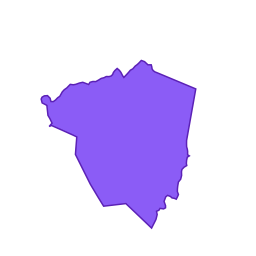 Juru, Paraíba, Brazil (Mercator projection), rotated 132°
{"feature_id": "56859067B46938052827534", "entity_name": "Juru", "entity_type": "district", "adm_level": 2, "iso_a3": "BRA", "parent_name": "Brazil", "parent_adm1": "Paraíba", "projection": "mercator", "projection_center": [-37.806, -7.51], "detail": "fine", "context": "isolated", "style": "filled", "palette": "violet", "viewbox_px": 256, "rotation_deg": 132, "n_neighbors": 0, "source": "geoboundaries", "source_scale": "gbopen_adm2", "svg_char_len": 1457}
<svg xmlns="http://www.w3.org/2000/svg" viewBox="0 0 256 256"><g transform="rotate(132 128 128)"><path d="M186.6,43.5L181.8,44.8L179.5,45.4L177.1,46.1L172.8,48.4L170.8,51.1L168.5,50.0L166.3,50.4L164.3,47.4L162.2,46.7L160.6,48.1L158.4,52.1L153.9,53.9L151.6,53.5L150.5,50.7L150.5,48.5L149.3,46.6L148.6,44.5L146.0,45.2L143.7,46.0L142.2,48.8L140.2,50.5L137.9,52.2L134.4,54.4L130.8,54.6L127.4,56.4L124.7,59.0L122.7,60.2L119.6,60.1L116.6,59.2L115.3,60.9L112.7,62.9L110.0,64.4L107.7,63.8L108.0,65.8L105.4,68.1L104.1,69.7L102.7,71.9L100.6,73.9L98.1,76.1L53.6,103.8L66.7,141.2L68.3,145.6L68.5,147.6L68.0,149.6L66.6,151.3L65.5,153.0L67.7,155.5L67.6,160.1L68.9,163.3L72.6,163.4L74.8,163.6L77.2,164.1L80.8,164.0L83.4,164.9L86.3,164.8L88.6,164.8L93.2,164.9L92.7,167.1L91.4,170.5L90.9,173.1L91.0,175.9L94.1,176.2L96.5,176.0L98.6,175.2L100.8,175.4L102.5,176.5L104.3,178.6L106.7,179.5L109.1,181.1L111.9,181.9L115.1,183.0L116.9,185.2L119.4,186.8L122.0,186.4L123.3,189.7L124.3,192.2L127.1,194.2L130.6,196.1L132.5,197.6L134.2,200.1L136.4,200.2L139.2,200.3L142.3,201.0L145.2,201.0L147.8,200.4L150.1,199.9L152.6,200.5L155.7,200.6L158.4,201.2L159.9,203.0L158.0,205.8L157.8,209.5L160.1,211.7L162.6,212.5L164.6,211.9L166.8,208.6L166.0,205.6L165.5,203.4L172.2,195.9L173.3,192.3L175.2,187.7L179.6,187.6L177.3,186.5L170.1,164.2L168.9,160.1L182.8,149.4L195.0,118.3L199.5,103.7L202.4,93.8L185.6,79.0L186.3,53.6L186.6,43.5Z" fill="#8b5cf6" stroke="#5b21b6" stroke-width="1.5"/></g></svg>